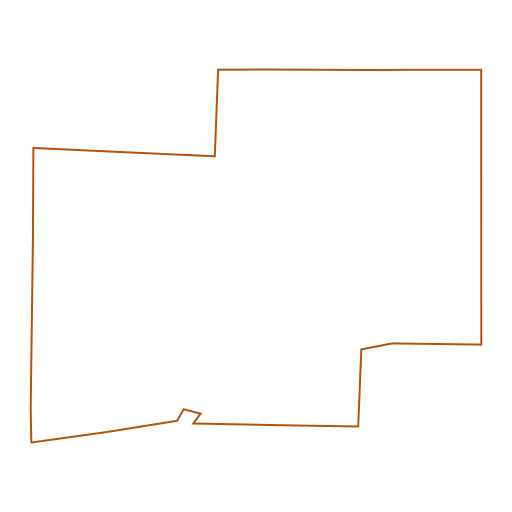 the district of Stark, Ohio, United States of America
{"feature_id": "52423323B51569510980228", "entity_name": "Stark", "entity_type": "district", "adm_level": 2, "iso_a3": "USA", "parent_name": "United States of America", "parent_adm1": "Ohio", "projection": "albers", "projection_center": [-81.371, 40.812], "detail": "fine", "context": "isolated", "style": "outline", "palette": "amber", "viewbox_px": 512, "rotation_deg": 0, "n_neighbors": 0, "source": "geoboundaries", "source_scale": "gbopen_adm2", "svg_char_len": 427}
<svg xmlns="http://www.w3.org/2000/svg" viewBox="0 0 512 512"><path d="M31.3,442.5L107.6,431.9L177.0,420.8L183.7,409.3L200.6,413.6L193.3,423.5L296.9,425.5L358.2,426.5L361.3,349.4L392.2,343.4L481.3,344.6L481.2,164.0L481.2,161.1L481.2,69.8L403.6,69.8L394.0,69.9L388.0,70.1L265.0,69.5L236.5,69.7L218.1,69.7L214.8,156.3L122.2,152.1L33.4,148.0L32.9,241.2L30.7,407.7L31.3,442.5Z" fill="none" stroke="#b45309" stroke-width="2"/></svg>